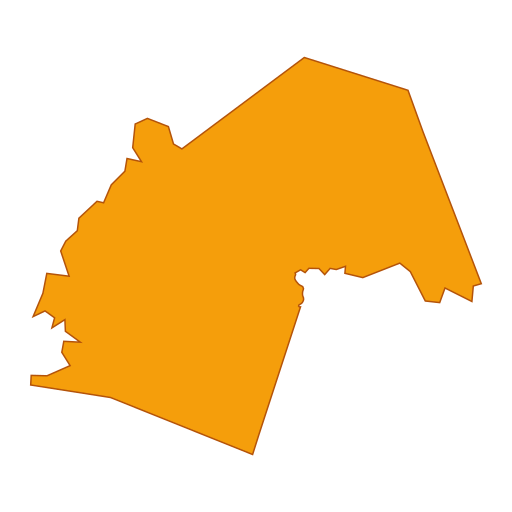 Butler, Kentucky, United States of America (Robinson projection)
{"feature_id": "52423323B68914113010004", "entity_name": "Butler", "entity_type": "district", "adm_level": 2, "iso_a3": "USA", "parent_name": "United States of America", "parent_adm1": "Kentucky", "projection": "robinson", "projection_center": [-86.694, 37.197], "detail": "fine", "context": "isolated", "style": "filled", "palette": "amber", "viewbox_px": 512, "rotation_deg": 0, "n_neighbors": 0, "source": "geoboundaries", "source_scale": "gbopen_adm2", "svg_char_len": 1117}
<svg xmlns="http://www.w3.org/2000/svg" viewBox="0 0 512 512"><path d="M423.0,131.8L408.0,90.3L304.3,57.5L181.9,148.9L173.5,144.0L168.4,126.6L147.4,118.4L135.2,124.0L132.7,147.7L141.5,161.7L127.0,158.5L124.9,171.2L111.3,184.8L103.6,202.8L97.0,201.3L78.9,218.2L77.3,230.7L65.8,241.1L60.7,251.0L69.1,276.2L46.8,273.4L42.9,293.3L33.1,316.6L45.0,310.9L54.6,317.8L51.9,327.9L64.9,319.6L65.4,331.3L80.3,342.2L63.8,341.3L61.8,352.3L70.1,365.6L47.0,375.8L31.2,375.4L30.7,385.0L110.5,397.5L252.6,454.5L259.0,434.3L300.5,306.9L299.4,306.9L298.6,306.1L298.9,305.0L300.2,304.2L301.1,303.7L302.3,302.6L303.3,300.7L303.6,299.5L303.5,297.9L302.7,295.8L302.5,294.5L302.5,293.0L302.7,291.4L303.3,289.5L303.5,288.6L302.7,286.6L299.7,285.0L298.6,284.2L296.3,281.5L295.4,280.1L294.8,278.8L294.7,277.9L294.9,276.4L295.4,275.3L295.6,274.2L295.1,272.9L300.6,269.8L305.1,272.6L308.9,268.3L319.0,268.5L324.7,274.6L330.1,268.4L336.3,269.5L345.5,266.3L344.9,273.3L362.8,277.6L399.8,263.1L410.3,271.6L425.3,301.0L439.7,302.6L445.0,288.0L471.9,301.5L473.3,286.0L481.3,283.7L423.0,131.8Z" fill="#f59e0b" stroke="#b45309" stroke-width="1.5"/></svg>